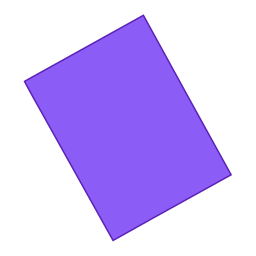 outline of Steele, Minnesota, United States of America, rotated 151°
{"feature_id": "52423323B73087717945589", "entity_name": "Steele", "entity_type": "district", "adm_level": 2, "iso_a3": "USA", "parent_name": "United States of America", "parent_adm1": "Minnesota", "projection": "orthographic", "projection_center": [-93.185, 44.022], "detail": "fine", "context": "isolated", "style": "filled", "palette": "violet", "viewbox_px": 256, "rotation_deg": 151, "n_neighbors": 0, "source": "geoboundaries", "source_scale": "gbopen_adm2", "svg_char_len": 319}
<svg xmlns="http://www.w3.org/2000/svg" viewBox="0 0 256 256"><g transform="rotate(151 128 128)"><path d="M195.9,218.9L196.0,214.0L196.1,203.5L196.0,173.4L195.6,36.9L152.0,37.1L105.5,37.1L60.5,37.1L60.3,128.3L60.1,173.6L59.9,219.1L194.5,219.0L195.9,218.9Z" fill="#8b5cf6" stroke="#5b21b6" stroke-width="1.5"/></g></svg>